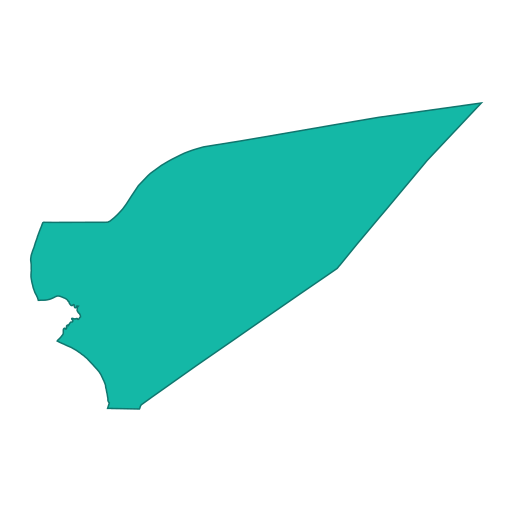 Ma'rib, Ma'rib, Yemen (Mercator projection)
{"feature_id": "15242507B71405176462371", "entity_name": "Ma'rib", "entity_type": "district", "adm_level": 2, "iso_a3": "YEM", "parent_name": "Yemen", "parent_adm1": "Ma'rib", "projection": "mercator", "projection_center": [45.401, 15.638], "detail": "fine", "context": "isolated", "style": "filled", "palette": "teal", "viewbox_px": 512, "rotation_deg": 0, "n_neighbors": 0, "source": "geoboundaries", "source_scale": "gbopen_adm2", "svg_char_len": 5345}
<svg xmlns="http://www.w3.org/2000/svg" viewBox="0 0 512 512"><path d="M43.1,222.2L42.7,223.0L42.5,223.7L42.4,223.7L42.2,224.3L41.9,224.9L41.7,225.6L41.5,226.2L41.2,226.9L41.0,227.5L40.7,228.1L40.4,228.7L40.1,229.7L39.8,230.3L39.5,231.2L39.2,231.9L39.0,232.6L38.6,233.5L38.4,234.1L38.1,235.0L37.8,235.7L37.5,236.4L37.3,237.3L37.1,238.0L35.8,241.6L35.5,242.4L35.2,243.3L35.0,244.0L34.8,244.8L34.5,245.6L34.3,246.4L34.1,247.0L34.0,247.4L33.8,247.9L33.5,248.6L33.2,249.4L32.9,250.1L32.6,251.0L32.4,251.6L32.1,252.4L31.9,253.3L31.5,254.2L31.3,255.1L31.1,255.8L31.0,256.6L30.9,257.4L30.8,258.1L30.7,258.9L30.7,259.5L30.7,260.3L30.8,261.2L30.9,261.9L31.0,262.7L31.1,263.6L31.2,264.4L31.2,265.2L31.2,266.1L31.2,266.8L31.2,267.6L31.2,268.4L31.2,269.2L31.3,270.0L31.3,270.8L31.2,271.5L31.1,272.3L31.1,273.2L31.0,274.1L31.0,274.8L31.0,275.8L31.0,276.5L31.0,277.0L31.1,277.5L31.2,278.3L31.3,279.1L31.5,279.9L31.6,280.7L31.7,281.4L31.9,282.1L32.0,282.8L32.2,283.5L32.4,284.3L32.6,285.0L32.8,285.9L33.0,286.9L33.2,287.6L33.3,288.0L33.4,288.3L33.7,289.1L34.0,289.8L34.2,290.5L34.5,291.3L34.7,291.9L35.0,292.7L35.4,293.4L35.8,294.2L36.2,294.9L36.6,295.7L36.9,296.4L37.2,297.0L37.5,297.6L37.7,298.3L37.9,299.0L38.2,299.8L38.3,300.3L39.0,300.3L39.7,300.3L40.6,300.2L41.3,300.2L42.0,300.2L42.7,300.2L43.5,300.2L44.2,300.2L44.8,300.1L45.5,300.1L46.9,299.9L48.3,299.6L49.6,299.3L50.8,298.9L52.9,298.0L54.5,297.2L55.4,296.7L56.2,296.4L56.9,296.1L57.8,296.0L58.3,296.0L59.1,296.1L60.1,296.3L61.3,296.8L62.4,297.2L63.1,297.5L63.7,297.8L65.1,298.3L66.6,299.3L67.0,299.6L67.4,300.0L67.9,300.7L68.2,301.3L68.5,301.4L68.8,301.6L69.0,301.8L69.0,302.0L69.1,302.8L69.4,303.2L69.7,303.8L70.2,304.5L70.6,304.9L70.9,305.3L71.2,305.4L71.7,305.6L72.1,305.6L72.4,305.4L72.8,305.1L73.1,304.8L73.2,304.7L73.4,304.6L73.7,304.6L73.9,304.7L74.1,304.9L74.2,305.3L74.2,305.8L74.3,306.3L74.3,306.6L74.5,307.0L74.7,307.4L74.8,307.6L75.0,307.7L75.4,307.8L75.6,307.8L75.8,307.7L76.0,307.6L76.2,307.4L76.4,307.1L76.6,306.4L76.6,306.2L76.9,306.0L78.3,306.2L77.6,307.0L77.4,307.3L77.1,310.4L77.2,310.6L77.5,311.3L77.9,311.9L77.9,312.0L78.4,312.7L78.6,313.0L78.9,313.2L79.2,313.5L79.5,313.7L79.7,313.9L79.8,314.1L79.8,314.4L80.2,315.0L80.5,316.2L80.5,316.8L80.4,316.8L78.6,319.2L78.2,319.4L77.8,319.4L77.5,319.2L77.4,318.7L77.1,318.5L76.7,318.5L75.8,318.7L75.6,318.8L75.3,318.9L75.1,319.0L72.2,318.3L71.9,318.4L71.7,318.6L71.8,319.1L72.0,319.6L72.7,320.0L72.8,320.4L72.9,320.9L72.5,321.7L72.1,322.0L70.6,322.2L70.4,322.5L70.0,323.0L69.5,323.5L69.4,323.8L69.2,324.4L69.1,324.6L68.9,324.8L68.5,324.8L68.4,324.8L68.4,325.1L68.4,325.3L68.3,325.6L68.1,325.8L68.0,325.7L67.8,325.5L67.8,325.4L67.7,325.3L67.6,325.2L67.3,325.2L67.0,325.5L66.6,325.9L66.5,326.1L66.5,326.3L66.7,327.2L66.7,327.6L66.5,328.4L66.4,328.7L66.1,328.9L66.0,329.0L65.9,329.1L65.7,329.1L65.4,329.0L65.2,328.8L65.1,328.6L65.0,328.3L65.0,328.2L64.8,328.2L64.6,328.2L64.1,328.4L63.8,328.7L63.5,329.1L63.4,329.5L63.3,329.9L63.3,330.4L63.3,332.7L63.2,333.6L63.1,333.9L63.0,334.2L62.8,334.6L62.4,335.1L61.9,335.7L61.5,336.3L61.1,336.8L60.6,337.3L60.2,337.8L59.7,338.3L59.2,338.8L58.7,339.3L58.1,339.8L57.6,340.4L57.2,341.0L57.6,341.2L58.3,341.6L58.9,341.9L59.5,342.2L60.1,342.5L60.8,342.8L61.4,343.1L62.1,343.4L63.0,343.8L63.6,344.0L64.2,344.3L65.0,344.7L65.6,345.0L66.3,345.3L66.9,345.6L67.8,346.0L68.5,346.3L69.3,346.6L69.9,346.9L70.7,347.2L71.4,347.5L72.0,347.9L72.7,348.3L73.3,348.6L73.9,349.0L74.7,349.4L75.5,349.9L76.1,350.2L76.7,350.6L77.4,351.1L78.0,351.5L78.5,351.9L79.1,352.3L79.9,352.8L80.5,353.2L81.1,353.7L81.6,354.2L82.3,354.6L83.1,355.2L83.6,355.6L84.2,356.0L84.4,356.2L84.8,356.6L85.3,357.1L86.0,357.6L86.7,358.2L87.3,358.7L87.8,359.3L88.4,360.0L89.0,360.6L89.5,361.1L89.9,361.6L90.5,362.2L90.9,362.7L91.4,363.1L91.9,363.7L92.4,364.2L93.0,364.8L93.3,365.2L93.6,365.6L94.2,366.2L94.8,366.9L95.3,367.4L95.7,367.9L96.2,368.4L96.7,368.9L97.1,369.4L97.6,370.0L98.2,370.7L98.8,371.4L99.4,372.2L99.7,372.8L100.2,373.5L100.6,374.1L101.0,374.8L101.4,375.7L101.8,376.5L102.1,377.2L102.5,377.9L102.8,378.7L103.1,379.4L103.5,380.1L103.8,380.7L104.1,381.4L104.3,382.0L104.6,382.7L104.9,383.4L105.2,384.3L105.4,385.0L105.6,385.6L105.6,386.4L105.7,387.1L105.8,387.8L106.0,388.5L106.2,389.2L106.4,389.9L106.4,390.6L106.6,391.3L106.7,392.1L106.9,392.9L107.1,393.6L107.2,394.3L107.3,395.0L107.4,395.6L107.5,396.3L107.6,397.0L107.8,397.8L107.9,398.6L107.9,399.4L107.9,400.1L108.0,400.8L108.3,401.5L108.6,402.1L109.1,402.7L109.3,402.9L107.6,408.4L111.9,408.4L111.9,408.5L119.4,408.6L139.4,409.0L139.6,408.7L140.2,406.9L140.7,405.6L141.4,404.7L152.2,396.9L164.4,388.3L164.8,388.0L195.6,366.2L205.7,359.2L232.2,340.9L250.0,328.5L299.5,294.3L327.8,274.9L337.2,268.4L339.2,265.9L339.8,265.3L356.8,244.4L379.7,217.1L386.1,209.6L404.8,187.2L423.3,165.1L425.8,162.1L427.1,160.5L481.3,103.0L378.8,117.3L335.0,124.7L254.4,138.6L240.9,140.9L215.8,144.9L211.5,145.6L203.5,146.9L202.8,147.1L202.4,147.2L197.2,148.7L192.9,150.0L188.7,151.5L184.5,153.1L180.5,155.0L178.3,156.1L173.7,158.4L172.1,159.2L167.9,161.5L161.5,165.3L154.2,170.6L150.5,173.3L148.0,175.6L138.5,185.5L131.6,195.8L126.2,204.2L122.6,209.1L121.3,210.5L120.8,211.1L120.5,211.4L117.4,214.7L114.2,217.7L112.0,219.5L110.0,221.1L109.1,221.5L107.7,222.2L104.3,222.3L100.8,222.3L91.2,222.3L53.1,222.4L43.3,222.3L43.1,222.3L43.1,222.2Z" fill="#14b8a6" stroke="#0f766e" stroke-width="1.5"/></svg>